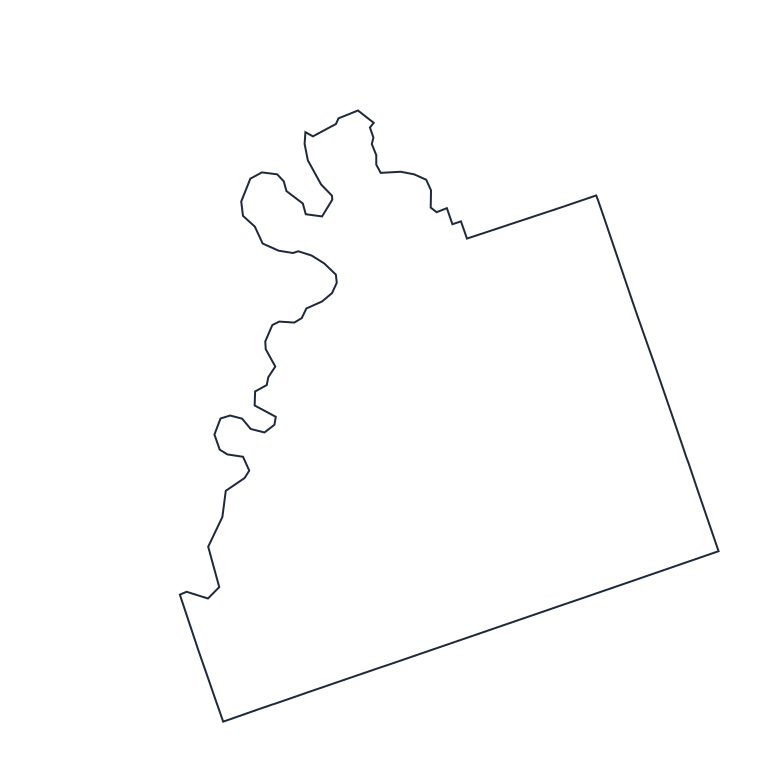 outline of Osage, Oklahoma, United States of America, rotated 71°
{"feature_id": "52423323B53905412761485", "entity_name": "Osage", "entity_type": "district", "adm_level": 2, "iso_a3": "USA", "parent_name": "United States of America", "parent_adm1": "Oklahoma", "projection": "mercator", "projection_center": [-96.591, 36.58], "detail": "fine", "context": "isolated", "style": "outline", "palette": "slate", "viewbox_px": 768, "rotation_deg": 71, "n_neighbors": 0, "source": "geoboundaries", "source_scale": "gbopen_adm2", "svg_char_len": 1581}
<svg xmlns="http://www.w3.org/2000/svg" viewBox="0 0 768 768"><g transform="rotate(71 384 384)"><path d="M387.4,122.2L297.1,121.8L294.5,121.8L281.4,121.8L279.1,121.8L274.8,122.0L274.7,158.2L273.5,258.2L255.3,258.3L255.2,267.3L238.2,267.3L238.7,278.3L232.4,282.4L216.2,276.5L204.6,277.6L195.6,287.2L188.8,299.0L183.3,318.4L174.1,319.9L165.1,316.8L153.1,317.4L147.6,313.8L136.9,313.8L133.7,308.7L116.9,319.6L118.0,340.5L122.5,344.8L126.7,370.6L120.3,376.3L131.1,380.9L147.7,383.2L174.9,378.5L189.0,371.9L192.9,372.9L205.4,388.0L198.0,402.7L186.9,402.0L169.9,413.4L159.7,412.8L151.0,416.7L144.2,430.5L146.3,443.5L165.0,459.6L179.1,462.6L193.1,454.9L211.7,453.0L223.6,440.3L230.5,427.5L230.6,421.8L239.0,410.6L250.5,401.3L264.9,393.9L272.9,395.7L281.1,403.5L285.8,415.7L287.3,432.8L294.9,440.3L296.7,448.8L290.9,462.7L291.9,470.4L305.1,482.4L312.6,484.5L332.1,481.1L339.9,491.2L346.8,495.2L349.1,508.3L362.2,513.3L379.8,497.0L386.9,500.9L390.9,512.8L383.1,524.7L370.6,529.4L363.7,539.8L363.4,549.8L376.6,560.8L392.6,560.7L399.6,555.0L406.9,541.0L422.0,539.6L427.5,546.4L433.5,568.4L457.1,580.1L480.6,603.2L522.4,605.9L529.5,620.3L516.2,638.3L516.7,645.6L574.0,646.2L580.4,646.2L605.8,646.1L629.5,646.1L641.5,646.0L650.9,646.0L650.7,609.9L650.7,595.7L650.7,594.3L650.8,590.8L650.7,555.0L650.8,482.5L650.9,472.4L651.0,287.0L651.1,265.6L651.0,122.1L580.5,122.0L579.5,121.9L577.5,122.0L576.2,121.9L574.9,121.9L574.1,121.9L558.6,121.8L551.0,122.0L542.1,121.9L512.6,121.8L511.2,121.8L453.4,121.8L442.8,121.9L400.1,122.2L387.4,122.2Z" fill="none" stroke="#1e293b" stroke-width="2"/></g></svg>